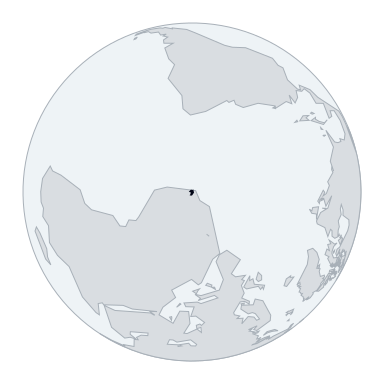 globe centered on Fatick, rotated 134°
{"feature_id": "SEN-764", "entity_name": "Fatick", "entity_type": "Region", "adm_level": 1, "iso_a3": "SEN", "parent_name": "Senegal", "parent_adm1": "", "projection": "orthographic", "projection_center": [-16.406, 14.163], "detail": "fine", "context": "on_globe", "style": "filled", "palette": "ink", "viewbox_px": 384, "rotation_deg": 134, "n_neighbors": 0, "source": "natural_earth", "source_scale": "10m", "svg_char_len": 9737}
<svg xmlns="http://www.w3.org/2000/svg" viewBox="0 0 384 384"><g transform="rotate(134 192 192)"><circle cx="192" cy="192" r="169" fill="#eef3f6" stroke="#a8b0b8"/><path d="M44.9,108.9L45.0,108.8L45.7,107.5L51.9,97.5L58.9,87.9L66.5,78.8L74.8,70.3L83.6,62.4L85.7,60.7L86.8,59.8L97.1,52.2L107.9,45.4L119.3,39.5L131.0,34.4L143.1,30.3L155.5,27.0L139.4,31.7L139.6,32.5L127.1,40.1L130.5,39.0L128.0,41.8L131.0,41.8L127.8,43.7L133.0,42.1L135.3,40.4L138.4,39.2L140.4,39.2L136.7,41.5L135.1,41.8L135.1,42.5L132.4,43.7L134.8,43.1L130.1,46.2L137.7,43.2L136.4,45.8L132.4,47.9L129.1,47.5L111.7,53.1L106.7,56.0L103.0,59.9L103.9,67.2L99.9,70.9L97.3,75.9L101.1,73.6L104.6,69.0L111.2,66.7L114.7,61.9L117.8,60.4L122.9,56.0L126.1,57.1L126.5,60.6L122.5,64.5L122.6,66.4L129.7,63.3L125.3,71.7L127.9,79.8L126.4,82.3L117.4,85.2L109.2,83.1L97.6,88.9L109.2,85.8L105.1,92.8L106.1,94.4L108.7,94.7L111.8,92.4L111.2,95.2L99.6,98.8L100.0,96.3L103.6,95.0L99.7,94.3L91.9,97.7L90.4,101.5L80.1,104.2L78.9,107.1L76.0,109.6L78.6,104.6L73.8,113.9L61.4,121.5L54.6,138.6L56.9,124.1L55.1,121.3L52.2,120.0L50.9,122.7L48.8,118.6L43.8,122.4L37.6,135.1L34.8,146.3L37.6,149.1L40.5,144.0L43.7,144.6L37.0,159.1L42.0,164.4L38.9,176.0L39.8,183.1L43.3,183.0L46.7,187.6L50.6,181.7L56.3,179.7L54.8,189.4L59.2,181.5L61.5,187.1L73.6,190.0L72.3,192.0L82.3,206.1L95.6,213.8L98.6,221.5L96.8,225.5L101.9,227.7L102.0,230.5L124.5,238.1L137.7,246.6L138.4,256.3L129.6,266.3L126.9,288.1L112.5,293.0L112.4,301.2L107.3,311.6L98.1,308.9L104.5,315.6L102.4,318.1L97.4,317.1L99.8,321.1L96.3,320.2L100.9,323.6L100.2,327.2L106.2,331.9L106.9,334.7L111.0,337.3L109.4,336.8L109.1,337.2L110.7,338.4L103.8,334.8L96.2,329.0L94.5,326.8L92.3,325.6L88.2,319.4L87.7,320.2L78.8,308.8L75.1,299.8L63.8,270.4L59.8,263.5L51.0,253.7L39.9,227.0L41.1,218.1L39.5,212.8L45.0,201.2L44.7,187.6L43.1,185.0L40.7,189.1L36.4,178.2L36.5,167.4L31.8,142.6L33.2,136.7L36.2,128.8L49.9,100.6L36.9,125.5L39.3,119.7L41.5,115.2L44.9,108.9ZM52.1,144.3L57.9,155.9L52.5,155.0L53.9,153.8L52.9,149.6L50.2,144.8L46.1,144.9L52.1,144.3ZM59.3,136.4L58.1,135.2L59.6,135.7L59.3,136.4ZM120.8,55.8L121.8,55.9L120.3,56.7L120.8,55.8ZM122.0,54.0L119.5,54.8L119.8,54.0L121.3,53.5L122.0,54.0ZM125.0,53.2L120.5,52.6L120.9,51.4L127.0,48.6L125.0,53.2ZM135.2,39.9L132.8,41.7L132.9,40.3L135.2,39.9ZM134.5,39.4L130.6,37.7L135.2,35.4L135.5,36.2L139.9,33.6L144.1,33.3L142.6,34.6L138.8,36.1L143.3,34.9L134.5,39.4ZM139.6,38.7L138.4,38.4L142.2,36.3L145.3,36.5L143.1,37.1L139.6,38.7ZM139.0,33.3L142.4,32.0L146.7,31.3L148.6,30.7L144.5,33.1L139.0,33.3ZM143.2,37.6L146.8,36.7L146.8,37.8L141.0,38.9L143.2,37.6ZM141.9,35.8L143.9,34.8L143.8,35.4L141.9,35.8ZM148.9,41.6L147.3,41.0L149.2,39.8L148.9,41.6ZM148.1,36.4L148.1,36.1L148.7,35.6L151.0,35.3L148.1,36.4ZM147.9,32.6L148.9,32.6L149.7,31.5L153.0,31.2L149.7,32.9L152.5,32.1L153.5,32.0L149.6,33.5L147.9,32.6ZM155.0,33.8L151.9,36.4L154.3,37.6L152.7,38.6L149.1,36.5L155.0,33.8ZM152.2,33.5L153.6,33.9L150.9,34.8L148.3,35.1L152.2,33.5ZM156.4,30.5L152.3,30.5L153.1,30.2L156.4,30.5ZM156.2,33.9L156.9,33.4L156.7,33.9L156.2,33.9ZM156.9,31.2L155.3,31.2L156.4,30.8L156.9,31.2ZM159.7,32.3L158.7,33.1L156.9,33.2L159.7,32.3ZM158.9,31.7L160.6,31.1L156.8,32.8L158.0,31.7L158.9,31.7ZM158.1,30.9L158.2,30.6L158.7,30.9L158.1,30.9ZM167.1,31.6L162.7,33.7L158.8,33.9L163.5,31.8L167.1,31.6ZM117.1,341.7L105.2,335.7L111.1,338.7L110.9,337.6L118.7,341.5L117.1,341.7ZM118.5,339.0L120.8,338.7L122.6,339.6L121.4,340.0L118.5,339.0ZM357.9,160.1L354.4,146.9L349.3,133.0L349.6,135.7L343.4,126.4L338.2,131.2L335.7,128.1L335.1,130.9L330.4,129.2L326.0,124.0L324.0,125.6L335.3,139.3L337.3,137.7L336.6,130.1L339.5,135.6L343.8,138.9L345.2,155.9L334.6,176.4L330.7,165.1L307.9,137.9L307.0,134.2L306.8,133.8L306.4,133.2L307.2,139.4L302.3,134.1L317.6,153.6L321.4,162.8L334.5,177.2L334.0,179.5L337.4,182.0L344.7,173.3L345.4,177.3L343.6,197.9L331.0,228.6L331.0,244.8L327.4,259.4L315.9,271.8L313.3,282.3L306.8,287.6L304.0,293.6L296.8,301.1L286.1,308.9L271.8,312.0L273.7,306.9L270.9,297.9L268.1,274.0L274.7,261.2L274.6,251.9L263.9,232.6L266.5,220.3L262.9,215.7L255.9,218.0L251.5,212.5L247.0,213.0L216.7,220.3L205.7,213.3L188.5,190.3L192.7,180.4L190.4,169.3L216.9,129.3L226.0,130.4L250.7,122.2L254.4,123.0L255.2,131.6L276.7,138.5L279.3,130.5L295.1,132.9L303.3,130.4L299.6,114.4L286.2,118.0L280.3,111.4L288.0,102.1L299.2,99.8L297.2,97.2L287.1,93.2L286.5,87.6L283.2,91.5L286.9,93.6L284.9,96.3L281.5,94.6L281.4,92.5L277.1,92.3L278.6,103.0L282.4,106.4L273.2,110.6L278.8,116.8L277.4,120.7L267.5,111.7L266.0,108.0L250.2,99.8L250.8,104.0L265.8,112.2L262.6,112.0L263.6,118.7L260.2,113.5L243.6,104.2L233.2,108.6L225.4,126.3L218.2,128.7L209.7,126.5L207.1,110.2L223.5,106.9L222.8,101.8L214.8,95.7L220.5,95.4L219.3,92.8L225.0,91.5L228.5,84.2L233.7,82.6L230.7,74.8L232.9,73.1L234.1,78.1L237.6,81.0L249.9,78.2L250.9,76.2L248.0,71.5L251.8,71.7L247.3,67.6L252.2,64.6L242.6,65.1L238.9,60.5L239.4,56.4L236.4,55.2L235.5,62.0L236.8,64.8L240.6,66.9L242.3,75.5L239.1,77.7L230.6,69.6L225.1,72.2L221.0,65.5L225.9,49.8L230.2,46.4L246.6,49.2L248.1,52.0L243.0,52.2L251.8,55.8L249.2,53.7L252.3,54.1L249.5,50.4L251.6,50.6L245.4,47.1L247.6,46.9L251.5,49.1L249.3,44.3L252.8,43.4L251.3,42.3L248.7,41.4L254.8,41.4L253.4,40.6L250.9,40.3L246.5,38.7L241.2,36.1L243.6,36.2L245.8,37.1L254.2,39.7L259.8,42.6L260.2,42.5L255.9,40.0L245.8,36.8L241.9,35.2L246.5,36.3L244.5,35.8L243.3,35.1L244.4,34.6L239.2,33.4L222.9,27.4L223.4,26.6L229.4,27.8L220.5,25.5L220.8,25.5L232.6,28.0L244.2,31.3L255.5,35.4L266.4,40.3L277.0,46.0L287.2,52.4L296.9,59.5L306.0,67.3L314.6,75.7L322.6,84.7L329.8,94.3L336.4,104.3L342.3,114.8L347.4,125.7L351.7,136.9L355.2,148.4L357.9,160.1ZM211.9,148.9L212.2,152.2L211.9,148.9ZM313.9,105.6L318.7,104.0L311.5,95.8L312.8,94.7L309.9,92.5L311.0,95.3L303.1,89.3L303.4,85.9L300.2,82.4L298.4,82.8L299.3,90.3L310.5,98.6L311.6,102.8L313.9,105.6ZM74.1,190.0L75.4,192.3L73.3,191.8L74.1,190.0ZM50.7,158.7L52.5,159.6L53.0,161.5L51.5,161.4L50.7,158.7ZM68.0,164.8L70.5,166.4L67.5,166.4L68.0,164.8ZM59.1,157.5L66.0,163.9L60.1,165.1L55.9,161.2L59.4,161.5L59.1,157.5ZM56.3,141.5L57.2,142.7L56.2,144.3L56.3,141.5ZM60.4,136.8L59.9,136.8L59.9,135.2L60.4,136.8ZM105.8,92.6L106.7,92.4L108.8,93.2L106.9,94.0L105.8,92.6ZM124.1,91.0L122.8,95.6L122.3,92.7L119.3,94.4L114.7,90.7L125.3,83.4L121.4,87.2L124.1,91.0ZM111.5,84.5L113.2,87.2L110.9,84.5L111.5,84.5ZM206.8,80.9L210.3,82.1L210.2,85.3L203.7,88.6L203.7,83.9L206.8,80.9ZM215.1,83.1L208.6,75.0L212.4,73.0L211.4,75.4L214.5,75.0L213.7,78.7L223.8,85.4L224.4,88.8L212.0,92.2L215.7,89.0L212.1,87.9L215.1,83.1ZM185.2,62.0L182.4,59.7L194.2,58.3L195.5,60.7L189.0,63.8L183.8,62.8L185.2,62.0ZM136.6,48.9L134.7,49.0L135.8,48.2L138.1,47.6L136.6,48.9ZM148.0,41.4L145.6,48.2L143.4,48.5L144.7,52.8L139.3,55.3L138.7,52.4L135.5,57.9L132.8,56.2L131.3,60.0L130.4,53.2L127.9,52.3L132.8,52.2L137.8,49.8L139.1,48.5L141.1,44.4L138.0,41.9L142.5,39.5L146.5,38.5L147.9,38.7L144.5,40.1L148.8,39.4L145.1,41.7L148.0,41.4ZM190.3,34.7L185.9,35.1L193.9,36.3L190.2,37.6L191.3,37.7L190.1,39.4L190.6,41.7L188.4,42.1L189.6,42.9L188.8,44.2L189.6,45.5L186.0,46.9L186.7,48.6L184.5,48.3L186.8,51.0L183.5,49.7L182.1,51.6L186.1,51.9L164.1,58.7L157.5,63.4L153.8,68.4L148.6,66.0L148.7,60.2L152.1,53.7L159.2,49.8L155.5,49.7L157.9,48.0L159.8,48.8L158.2,46.6L160.7,45.4L163.6,41.0L159.9,39.1L160.9,37.7L163.6,37.9L162.7,36.4L168.4,35.9L169.3,35.0L175.8,33.9L180.5,35.2L181.0,34.1L186.0,33.5L190.3,34.7ZM169.0,31.3L175.4,32.0L176.6,33.3L164.8,34.8L163.2,35.7L155.7,37.2L154.2,35.5L156.5,35.2L158.3,34.5L158.1,35.3L159.7,34.2L162.9,33.8L165.0,32.9L166.5,33.3L169.0,31.3ZM256.4,119.3L258.8,119.2L262.2,118.2L262.9,122.6L256.4,119.3ZM245.1,113.0L247.0,112.1L249.6,117.3L247.0,117.6L245.1,113.0ZM245.8,107.5L246.9,111.7L244.8,109.6L245.8,107.5ZM235.6,77.2L237.4,76.2L238.4,77.2L238.5,79.1L235.6,77.2ZM213.3,40.4L210.6,39.9L210.5,39.4L205.7,37.5L208.1,36.6L211.9,37.5L213.3,40.4ZM298.6,117.6L297.6,121.2L295.8,120.1L296.5,119.1L298.6,117.6ZM280.4,122.1L285.6,123.0L280.5,123.3L280.4,122.1ZM215.1,39.1L212.8,38.3L215.4,38.4L215.1,39.1ZM209.5,35.9L212.2,35.8L207.8,36.3L209.5,35.9ZM341.9,250.7L329.1,277.8L325.2,279.7L327.1,272.9L333.7,257.1L339.1,250.7L342.5,242.9L341.9,250.7ZM232.0,33.8L236.1,37.2L240.6,39.8L245.6,41.1L240.3,41.0L233.4,37.0L232.0,33.8ZM223.8,28.0L219.5,27.4L220.1,27.1L221.2,27.2L223.8,28.0ZM222.1,28.0L219.0,28.4L215.8,27.7L218.8,27.5L222.1,28.0ZM217.3,32.8L218.3,33.8L216.2,33.6L217.3,32.8ZM210.0,24.1L205.4,23.6L211.3,24.2L210.0,24.1Z" fill="#d9dde1" stroke="#a8b0b8" stroke-width="1"/><path d="M192.1,192.0L191.9,192.0L191.9,191.9L191.8,192.0L191.7,192.0L191.6,192.3L191.4,192.3L191.4,192.5L191.2,192.5L191.2,192.4L191.3,192.2L191.2,192.3L191.0,192.5L190.9,192.7L191.0,193.0L190.9,193.0L190.9,192.4L190.9,192.2L191.0,192.0L190.9,192.0L191.0,191.9L191.0,191.6L191.2,191.2L191.3,191.2L191.5,191.1L191.6,190.9L191.7,190.7L191.8,190.7L192.1,190.7L192.2,190.8L192.4,190.7L192.5,190.7L192.6,190.8L192.8,190.9L193.1,190.9L193.4,190.9L193.5,190.8L193.7,190.7L193.7,190.4L193.8,190.3L194.0,190.4L194.3,190.5L194.7,190.6L194.8,190.8L194.7,190.8L194.4,190.9L194.1,191.0L193.9,191.2L193.8,191.3L193.7,191.3L193.4,191.4L193.2,191.4L193.2,191.5L192.9,191.5L192.9,191.4L192.7,191.4L192.5,191.5L192.4,191.5L192.1,191.8L192.1,192.0L192.1,192.0ZM192.9,193.7L192.6,193.7L192.4,193.7L192.1,193.7L191.9,193.7L191.7,193.7L191.7,193.4L191.7,193.2L191.7,193.3L191.5,193.5L191.4,193.5L191.3,193.4L191.4,193.2L191.5,193.0L191.6,192.9L191.7,193.0L191.8,193.1L191.7,193.0L191.7,192.9L191.8,192.5L191.7,192.6L191.6,192.8L191.4,192.9L191.3,193.0L191.2,193.1L191.0,192.9L191.0,192.7L191.3,192.5L191.5,192.5L191.5,192.4L191.6,192.2L191.8,192.1L192.0,192.0L192.3,192.0L192.5,192.1L192.5,192.3L192.5,192.5L192.6,192.8L192.5,193.0L192.7,193.3L192.7,193.5L192.8,193.5L192.9,193.7Z" fill="#0f172a" stroke="#020617" stroke-width="1.5"/></g></svg>